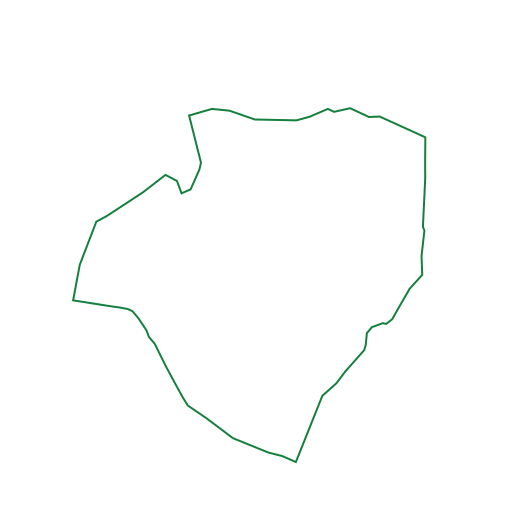 Tillia, Tahoua, Niger (Robinson projection), rotated 203°
{"feature_id": "23599985B40327375212482", "entity_name": "Tillia", "entity_type": "district", "adm_level": 2, "iso_a3": "NER", "parent_name": "Niger", "parent_adm1": "Tahoua", "projection": "robinson", "projection_center": [4.569, 15.899], "detail": "fine", "context": "isolated", "style": "outline", "palette": "green", "viewbox_px": 512, "rotation_deg": 203, "n_neighbors": 0, "source": "geoboundaries", "source_scale": "gbopen_adm2", "svg_char_len": 866}
<svg xmlns="http://www.w3.org/2000/svg" viewBox="0 0 512 512"><g transform="rotate(203 256 256)"><path d="M146.5,431.4L196.6,432.7L206.4,428.1L227.1,428.8L240.5,419.2L247.3,419.5L260.9,405.3L271.7,396.7L310.4,381.2L337.2,379.4L354.0,374.2L372.5,359.2L343.1,320.4L341.9,313.5L342.2,291.9L349.0,284.6L358.1,294.2L371.0,295.3L385.1,270.2L409.0,234.5L416.4,225.2L414.8,179.1L407.0,143.7L372.7,152.3L361.8,155.2L353.4,157.1L348.1,156.9L339.8,152.7L327.7,144.7L323.0,139.7L314.9,135.6L295.8,119.2L279.7,106.3L268.0,97.1L260.3,91.7L238.3,87.3L206.1,79.3L167.9,79.9L153.6,82.1L138.8,81.9L140.3,153.2L132.2,170.4L128.8,184.2L119.6,211.7L120.3,217.2L123.8,228.3L121.5,235.8L113.2,243.6L109.6,244.4L105.9,251.1L104.4,264.6L101.8,285.8L95.6,303.6L103.6,320.6L110.9,345.2L113.7,348.0L130.7,393.9L136.4,407.1L146.5,431.4Z" fill="none" stroke="#15803d" stroke-width="2"/></g></svg>